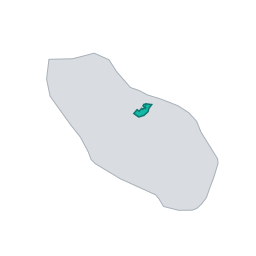 51, Ar Rayyān, Qatar (highlighted), rotated 306°
{"feature_id": "91078587B34371380976540", "entity_name": "51", "entity_type": "district", "adm_level": 2, "iso_a3": "QAT", "parent_name": "Qatar", "parent_adm1": "Ar Rayyān", "projection": "robinson", "projection_center": [51.403, 25.348], "detail": "fine", "context": "in_parent", "style": "filled", "palette": "teal", "viewbox_px": 256, "rotation_deg": 306, "n_neighbors": 0, "source": "geoboundaries", "source_scale": "gbopen_adm2", "svg_char_len": 909}
<svg xmlns="http://www.w3.org/2000/svg" viewBox="0 0 256 256"><g transform="rotate(306 128 128)"><path d="M137.7,226.7L127.5,229.4L118.0,232.3L110.0,232.2L103.6,231.0L99.3,228.3L91.1,217.2L85.4,202.8L88.9,194.7L90.2,189.7L82.4,151.8L79.9,122.7L80.8,116.7L85.3,109.9L92.7,94.7L96.7,80.1L107.9,46.3L119.8,33.3L137.1,23.7L151.4,42.4L168.7,56.7L172.0,72.6L166.9,85.6L162.2,106.2L165.0,115.7L166.1,124.0L170.8,137.8L175.4,155.7L176.1,168.2L173.7,179.7L167.6,189.4L155.7,218.7L152.2,221.7L137.7,226.7Z" fill="#d9dde1" stroke="#a8b0b8" stroke-width="1"/><path d="M143.1,124.2L143.2,130.2L147.6,133.5L153.0,134.6L156.1,133.4L160.9,133.4L159.7,131.3L159.1,130.1L158.1,128.2L157.2,128.6L157.2,127.8L156.5,127.0L154.7,127.1L154.7,128.5L155.1,129.8L154.8,130.3L154.1,130.6L154.0,129.2L151.8,129.0L151.9,127.5L148.0,127.1L148.2,124.6L143.3,124.2L143.1,124.2Z" fill="#14b8a6" stroke="#0f766e" stroke-width="1.5"/></g></svg>